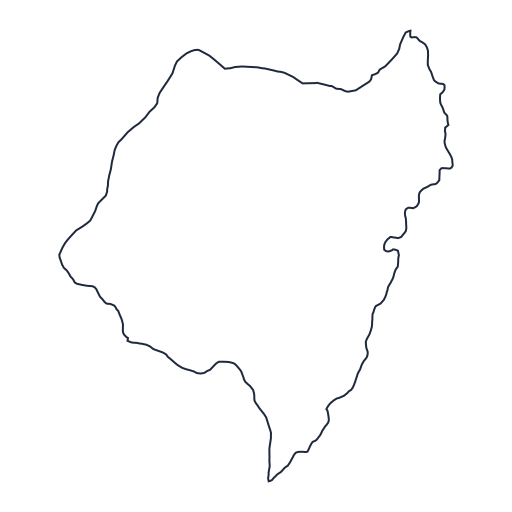 outline of Logchina, Chhukha, Bhutan
{"feature_id": "84629894B64044446171466", "entity_name": "Logchina", "entity_type": "district", "adm_level": 2, "iso_a3": "BTN", "parent_name": "Bhutan", "parent_adm1": "Chhukha", "projection": "equal_earth", "projection_center": [89.38, 26.957], "detail": "fine", "context": "isolated", "style": "outline", "palette": "slate", "viewbox_px": 512, "rotation_deg": 0, "n_neighbors": 0, "source": "geoboundaries", "source_scale": "gbopen_adm2", "svg_char_len": 5980}
<svg xmlns="http://www.w3.org/2000/svg" viewBox="0 0 512 512"><path d="M59.3,254.6L59.6,257.5L60.8,260.7L62.2,264.9L62.9,266.0L63.6,267.4L64.6,268.6L65.9,269.6L67.0,270.8L68.0,272.2L69.2,274.0L70.4,276.4L72.3,278.4L73.3,279.7L74.0,281.1L74.9,282.6L76.8,283.7L78.1,284.1L79.5,284.3L81.8,284.9L83.7,285.2L86.5,285.7L88.2,285.9L90.1,286.0L92.8,286.3L94.9,287.5L96.4,289.3L97.2,291.1L99.6,295.9L100.3,297.1L101.4,298.1L103.3,300.3L104.1,301.4L105.9,303.2L107.5,303.8L109.3,303.8L110.8,304.1L114.3,305.6L115.6,307.3L116.7,309.4L118.2,310.9L118.8,312.4L119.5,314.3L120.0,315.5L120.6,316.8L121.4,318.6L122.2,321.2L122.6,323.1L123.0,324.3L122.9,326.6L122.9,328.7L122.8,330.1L123.0,331.9L123.4,333.4L124.6,335.3L125.5,336.1L126.8,337.3L128.0,338.1L127.5,340.8L131.3,342.4L133.4,342.7L137.1,342.9L139.4,343.5L141.0,343.6L146.3,344.7L149.8,346.3L153.4,349.1L159.8,351.4L162.6,352.4L164.8,353.6L166.3,354.6L167.8,356.8L170.4,358.9L175.3,363.2L177.8,365.2L182.1,367.8L186.0,369.2L189.5,370.1L194.0,371.5L196.9,373.1L200.8,373.5L203.5,373.1L205.1,372.4L207.2,371.0L210.1,369.8L213.3,366.4L215.9,363.7L218.5,361.9L219.9,361.7L225.7,361.8L228.5,362.0L231.0,362.5L233.5,363.2L235.2,364.3L236.9,366.0L238.5,367.9L240.4,370.2L241.3,371.7L243.2,376.7L244.1,379.6L245.2,381.7L247.4,383.8L249.9,385.9L253.1,389.9L254.1,393.7L254.3,396.0L254.3,398.7L254.6,400.9L256.2,403.7L257.5,405.3L259.5,408.4L264.0,414.0L266.1,417.3L267.4,421.3L269.2,427.1L270.1,429.6L271.0,432.9L270.9,435.6L270.9,438.3L270.6,440.3L269.4,448.3L269.4,453.1L269.5,456.5L269.4,458.8L269.4,461.5L269.6,463.7L269.7,466.3L269.1,469.5L268.6,472.8L268.6,474.9L268.4,476.4L268.1,478.2L268.7,481.3L270.2,480.9L271.9,480.1L274.0,477.6L276.2,475.6L277.0,474.6L278.4,473.6L279.5,472.9L280.6,472.2L281.6,471.3L284.5,468.0L286.1,466.7L287.7,465.8L290.0,462.4L291.2,460.1L292.2,458.3L293.1,456.7L293.6,455.4L294.5,454.3L295.5,452.9L296.6,452.4L297.9,452.0L299.3,451.8L303.5,451.8L304.7,452.0L306.3,452.0L307.5,451.6L308.3,450.1L309.5,447.4L310.4,445.5L311.7,443.1L312.8,441.8L314.9,440.9L316.3,440.1L317.7,438.4L318.7,437.0L319.8,435.7L320.8,434.0L322.6,430.2L323.6,428.9L325.1,426.4L326.6,424.8L328.2,422.5L328.7,420.9L328.8,419.2L328.6,417.3L328.3,415.1L327.9,412.8L327.5,410.8L326.4,409.1L327.1,407.7L328.1,406.1L329.4,404.4L331.1,402.5L332.7,401.3L333.7,400.4L336.9,398.4L338.8,398.0L342.1,396.6L344.1,395.7L347.6,392.8L348.9,391.2L350.9,390.1L352.3,388.3L353.1,386.9L354.1,384.6L354.5,383.3L355.1,382.1L355.6,380.2L356.4,377.9L357.1,375.8L357.6,374.0L358.7,371.8L360.0,369.6L360.7,367.7L361.6,365.1L362.2,363.8L363.9,360.9L365.5,359.0L366.4,357.9L367.0,356.5L367.5,355.1L367.7,353.3L367.7,351.9L367.0,349.8L366.4,348.1L366.1,346.1L365.9,343.9L365.8,341.8L366.7,339.3L367.8,337.2L368.7,335.7L369.5,334.2L370.1,332.5L370.9,330.2L371.8,327.0L372.0,325.3L372.1,323.9L372.1,321.8L372.3,320.3L372.4,318.5L372.4,316.9L372.6,314.0L373.5,312.0L374.0,310.1L375.1,307.2L376.0,305.9L377.1,305.4L378.3,304.8L380.6,303.5L382.1,301.8L383.9,299.8L384.6,298.2L385.3,296.9L386.0,295.0L386.5,293.4L386.8,291.9L387.5,290.1L388.0,287.3L389.0,285.3L390.6,282.8L391.6,280.8L392.4,279.4L393.4,276.9L394.4,272.9L395.0,271.3L395.9,269.1L397.7,266.8L398.1,263.3L398.3,258.0L398.6,256.7L398.9,255.2L397.9,250.7L396.7,250.2L395.0,249.6L393.0,249.4L392.1,250.2L390.0,251.1L388.1,251.5L386.2,251.2L384.2,249.7L384.0,246.8L384.4,244.3L385.5,241.9L386.5,240.6L387.9,238.9L389.0,238.2L390.3,237.0L391.6,237.0L393.4,237.4L395.9,237.7L398.1,238.1L400.2,237.4L401.4,236.8L402.1,235.7L404.6,232.8L405.8,231.1L406.3,228.5L406.3,226.5L406.1,224.1L406.1,221.9L405.7,217.6L405.1,215.9L405.0,214.3L404.9,212.7L405.2,211.2L405.8,209.3L408.1,207.8L409.4,207.7L413.2,208.2L415.4,207.1L416.9,206.1L418.6,203.2L419.0,201.9L418.9,195.5L419.2,193.7L419.9,192.1L420.8,191.0L423.2,188.8L424.8,188.0L426.5,187.3L429.2,185.8L430.7,184.8L433.3,184.3L434.9,184.2L436.3,183.6L437.3,182.7L439.3,180.2L439.4,177.3L439.5,174.9L439.6,173.4L439.6,170.2L441.5,168.2L443.3,168.1L444.6,168.2L446.6,168.3L448.5,168.5L450.1,168.5L451.6,167.5L452.5,166.1L452.7,164.7L452.4,162.6L452.2,159.5L451.5,157.4L450.3,154.9L447.6,150.4L445.8,147.3L445.3,145.5L444.7,143.4L444.5,140.8L445.0,139.0L445.5,134.9L445.5,133.4L444.9,131.1L445.1,129.6L445.2,127.6L448.4,125.0L447.9,123.1L447.5,120.4L447.4,117.5L447.2,115.8L446.0,114.4L444.4,112.8L443.5,110.4L443.1,108.9L442.2,106.8L441.0,104.6L440.3,102.8L440.1,100.9L440.0,98.2L440.1,96.1L440.3,94.2L441.4,93.3L442.3,92.5L443.1,91.6L444.4,89.5L444.6,86.7L444.4,85.0L443.0,83.9L441.6,83.8L440.0,83.7L437.9,83.2L436.8,82.3L435.2,81.4L434.1,80.3L433.3,78.4L432.2,75.4L431.2,72.2L430.5,70.9L429.6,69.5L428.5,66.8L427.8,65.1L427.8,60.3L428.1,55.3L428.0,53.1L428.0,51.4L427.7,49.7L426.8,47.2L425.5,44.9L424.6,43.9L423.1,42.9L421.7,41.9L420.4,41.4L419.0,40.2L417.8,38.7L416.6,37.4L414.8,37.1L411.8,37.4L410.6,37.0L410.2,35.5L410.2,33.6L410.4,30.7L408.6,31.2L405.7,32.5L403.3,37.0L400.1,44.4L399.2,48.9L397.1,53.6L392.1,59.2L385.3,66.3L379.7,69.6L378.1,72.6L375.4,74.1L372.0,75.2L371.0,79.5L369.2,81.7L363.1,85.6L355.8,90.3L348.1,91.7L345.4,91.2L340.9,89.1L336.2,88.7L331.7,86.0L329.8,86.0L324.9,84.7L317.0,82.8L315.4,83.1L306.0,83.3L302.6,83.4L296.6,79.4L293.2,77.0L284.5,72.8L280.6,71.8L277.5,71.5L275.8,71.0L272.1,70.1L264.5,68.4L262.6,68.3L257.2,67.3L242.2,66.5L235.1,67.0L230.5,68.2L224.8,68.7L221.4,65.7L215.1,60.3L209.3,55.6L202.5,51.9L199.0,50.1L197.6,49.8L194.4,50.1L190.8,51.3L186.5,53.4L181.4,57.3L177.0,61.4L175.0,65.5L172.4,73.5L167.4,81.4L162.8,88.1L159.7,92.8L157.7,97.7L157.2,103.3L154.3,107.4L149.4,111.9L145.3,117.4L142.3,120.2L139.1,123.4L133.8,127.0L127.6,132.3L121.8,139.0L118.5,142.2L116.4,145.8L114.7,150.0L113.6,155.4L112.0,161.7L110.8,169.5L109.3,175.1L108.0,181.8L107.9,185.8L107.2,189.0L107.1,191.7L105.8,195.6L98.2,203.2L96.8,206.2L95.2,211.0L91.2,218.8L90.1,220.7L87.0,223.3L82.2,226.7L78.8,228.8L76.3,230.3L73.2,233.6L69.8,237.3L67.7,239.7L65.2,242.9L62.9,246.8L60.9,251.0L60.0,253.3L59.3,254.6Z" fill="none" stroke="#1e293b" stroke-width="2"/></svg>